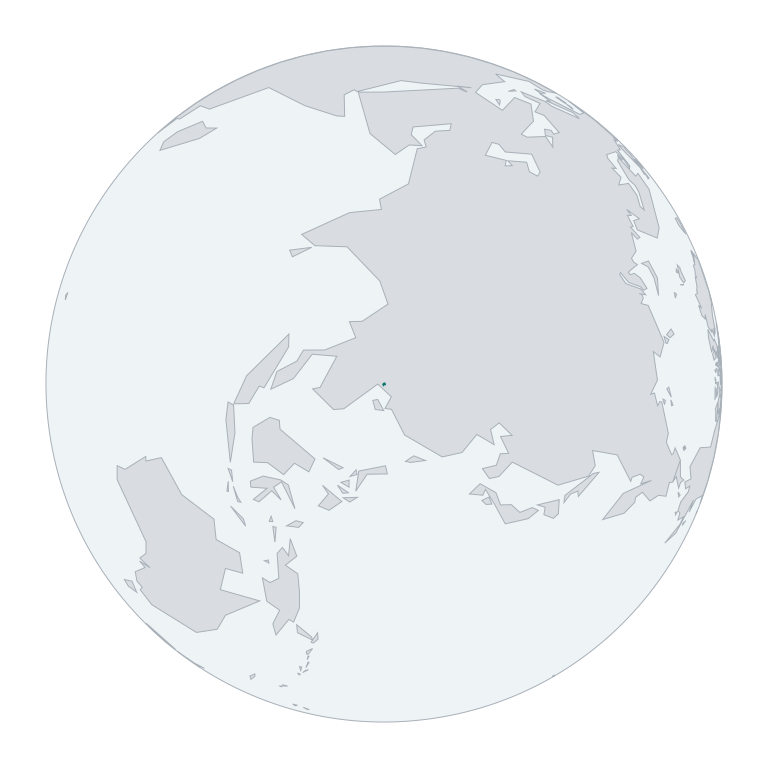 the Earth from above Hưng Yên, rotated 82°
{"feature_id": "VNM-461", "entity_name": "Hưng Yên", "entity_type": "Province", "adm_level": 1, "iso_a3": "VNM", "parent_name": "Vietnam", "parent_adm1": "", "projection": "orthographic", "projection_center": [106.031, 20.808], "detail": "coarse", "context": "on_globe", "style": "filled", "palette": "teal", "viewbox_px": 768, "rotation_deg": 82, "n_neighbors": 0, "source": "natural_earth", "source_scale": "10m", "svg_char_len": 11280}
<svg xmlns="http://www.w3.org/2000/svg" viewBox="0 0 768 768"><g transform="rotate(82 384 384)"><circle cx="384" cy="384" r="338" fill="#eef3f6" stroke="#a8b0b8"/><path d="M696.1,503.3L695.5,505.3L695.3,505.8L696.1,503.3ZM546.2,87.6L538.7,84.2L541.4,91.1L553.3,99.7L542.0,93.7L572.1,115.7L580.7,128.1L564.1,110.4L557.2,106.0L559.6,112.0L553.0,108.9L550.3,110.5L542.2,106.6L533.1,97.7L527.7,95.4L529.7,99.9L522.9,99.7L520.7,93.2L508.5,92.5L491.1,79.8L491.9,69.4L475.5,62.8L458.4,54.6L453.1,53.6L443.3,51.4L433.6,49.8L433.3,49.7L456.8,54.0L480.0,60.0L502.7,67.6L524.8,76.8L546.2,87.6ZM431.3,49.4L425.8,48.7L428.0,49.2L425.5,49.2L420.0,48.7L418.5,48.0L421.1,48.2L417.8,47.8L419.4,47.9L415.5,47.6L415.1,47.5L431.3,49.4ZM410.3,47.1L407.3,46.9L401.5,46.5L410.3,47.1ZM696.9,256.4L697.6,258.2L697.1,257.0L696.9,256.4ZM696.8,256.6L696.9,256.4L697.2,257.3L696.8,256.6ZM697.2,257.8L696.9,256.8L697.0,257.2L697.2,257.8ZM696.6,257.5L696.3,257.2L695.8,255.7L696.6,257.5ZM556.1,93.2L555.3,92.7L553.3,91.5L556.1,93.2ZM563.4,107.3L561.3,104.1L565.6,108.4L563.4,107.3ZM551.4,111.4L554.1,113.5L551.6,113.5L551.4,111.4ZM536.8,107.9L531.9,107.8L535.3,106.2L536.8,107.9ZM528.1,106.7L516.4,107.5L521.4,111.8L500.6,101.1L517.4,103.4L520.8,100.5L522.9,104.1L528.1,106.7ZM431.1,49.7L428.5,49.1L435.8,50.3L431.1,49.7ZM436.4,50.6L462.4,56.1L463.5,57.3L454.6,54.9L460.2,57.7L447.9,55.5L442.1,53.5L443.8,52.9L437.9,52.7L436.4,50.6ZM491.0,95.5L486.8,94.7L489.5,93.9L491.0,95.5ZM425.1,49.3L430.3,50.0L431.6,51.1L421.5,49.9L424.3,49.9L425.1,49.3ZM467.6,59.8L466.8,60.8L456.7,59.2L455.0,59.4L447.7,55.6L467.6,59.8ZM421.2,49.4L416.4,49.4L410.7,48.6L420.2,48.8L421.2,49.4ZM436.2,51.9L436.4,52.5L433.0,51.7L436.2,51.9ZM388.0,46.8L394.1,46.9L395.3,47.4L388.0,46.8ZM415.0,49.5L417.0,49.9L418.1,50.2L413.9,50.2L415.0,49.5ZM441.1,55.0L437.1,54.4L443.6,56.4L436.3,55.8L432.7,53.6L431.2,54.3L429.0,54.2L428.6,52.6L441.1,55.0ZM413.1,51.4L406.0,49.2L394.4,48.5L393.0,47.9L412.0,49.3L413.1,51.4ZM422.2,52.2L416.2,51.5L417.5,50.8L422.4,50.9L422.2,52.2ZM432.6,56.4L444.7,57.9L445.1,58.4L432.6,56.4ZM409.4,51.2L411.2,51.8L408.5,51.3L409.4,51.2ZM425.2,54.8L429.4,55.1L429.7,55.7L425.2,54.8ZM411.2,53.0L409.0,52.1L412.2,52.0L411.2,53.0ZM417.4,53.9L416.8,54.6L414.7,52.5L419.3,53.9L417.4,53.9ZM424.8,55.3L426.3,55.7L423.0,55.1L424.8,55.3ZM400.2,54.5L396.8,51.8L404.0,51.3L406.3,53.8L400.2,54.5ZM120.0,173.0L117.1,181.5L114.8,186.1L104.5,198.4L92.6,230.3L101.4,222.4L101.3,244.9L108.0,252.8L129.5,228.6L118.5,214.8L127.2,199.5L144.5,199.4L155.7,213.3L159.5,207.9L161.4,189.5L173.0,183.9L163.1,182.7L160.3,189.6L154.0,189.5L156.1,183.2L160.2,181.2L159.4,175.5L140.3,188.1L135.5,196.6L127.8,190.4L119.1,204.3L113.8,207.4L126.5,185.3L132.2,179.3L148.4,153.6L141.7,159.0L126.0,184.2L126.9,180.4L117.7,189.7L125.3,179.8L144.3,152.5L143.4,148.6L129.4,161.8L156.0,134.6L152.2,138.6L159.8,132.0L175.2,118.8L171.2,122.8L176.4,118.9L174.4,122.1L185.0,117.3L185.0,120.2L202.1,110.3L204.4,110.8L193.6,116.2L186.2,122.2L187.8,131.5L191.9,130.9L202.9,124.1L201.9,128.2L212.3,120.5L219.6,123.9L219.4,113.9L232.3,107.3L243.7,105.7L247.9,102.1L229.3,104.9L222.0,107.9L215.7,113.1L195.5,121.6L192.2,120.4L213.2,105.9L210.8,103.2L228.1,94.4L267.6,89.8L277.5,93.1L266.6,111.7L256.9,114.0L255.9,108.1L244.9,119.4L251.5,115.6L250.8,119.5L262.8,115.4L262.9,118.1L274.4,110.2L275.8,113.0L268.5,118.0L287.5,115.9L293.9,121.4L298.2,119.7L301.0,116.4L307.2,126.5L310.1,124.9L309.2,120.9L314.4,115.5L325.9,110.2L327.4,113.9L323.5,116.3L317.4,127.6L306.6,134.3L308.4,135.4L318.2,130.6L325.6,116.6L332.1,112.4L330.0,118.8L331.2,116.1L335.0,115.3L340.1,118.2L343.0,111.4L381.9,100.9L395.6,106.8L389.4,112.8L418.2,112.7L431.4,121.4L430.5,117.4L443.7,116.1L439.8,113.3L440.4,111.4L472.4,109.3L481.1,112.5L493.9,109.1L493.5,107.4L487.8,104.6L500.6,101.1L521.4,111.8L521.3,115.1L534.4,120.4L532.4,127.7L536.8,136.9L527.1,143.2L531.4,150.8L536.1,152.1L545.4,164.3L548.7,186.3L525.6,162.2L516.7,132.6L518.6,143.6L512.1,139.6L509.0,142.9L510.9,151.4L514.8,153.2L486.6,163.0L478.9,186.7L494.2,186.2L503.7,194.2L508.4,225.8L479.2,267.8L491.6,283.1L492.3,292.8L481.5,298.4L480.1,284.1L469.2,278.5L470.1,270.2L452.2,275.9L452.7,264.3L438.5,275.3L443.8,284.8L459.4,283.4L446.9,299.1L462.7,316.3L464.3,336.5L437.4,370.7L410.1,380.1L408.4,386.4L397.7,378.5L383.2,390.2L402.9,427.2L402.3,437.5L378.9,455.4L378.5,447.8L350.0,426.9L344.5,450.9L366.0,472.9L373.4,496.8L356.7,488.3L349.2,467.1L339.2,459.0L342.1,438.1L334.2,405.5L317.4,409.6L318.9,396.9L305.4,368.9L281.4,373.8L243.0,401.5L237.4,433.2L224.4,444.7L209.5,394.3L210.8,362.3L200.4,362.7L189.2,331.9L155.6,318.3L155.2,309.2L147.9,310.3L140.8,298.0L142.0,283.5L135.6,281.2L133.5,319.5L140.9,322.3L153.3,313.2L150.8,325.8L158.3,340.9L134.0,363.0L91.4,368.9L94.8,344.3L101.4,269.2L105.4,263.1L105.7,262.3L106.3,260.8L99.1,270.1L102.8,256.2L91.2,305.3L85.9,324.8L90.7,370.0L88.4,372.5L92.2,383.2L113.5,385.7L112.0,393.4L97.3,423.7L74.4,456.8L81.8,491.8L87.5,518.6L82.9,527.2L93.2,549.5L92.2,551.9L98.6,563.7L103.4,572.3L103.9,573.0L91.3,552.8L80.1,531.8L70.5,510.0L62.4,487.6L55.9,464.8L51.0,441.5L47.8,417.9L46.2,394.1L46.4,370.3L48.2,346.6L51.6,323.1L56.7,299.8L63.5,277.0L71.8,254.7L81.7,233.1L93.0,212.2L105.9,192.1L120.0,173.0ZM159.8,243.4L171.6,251.8L179.6,231.8L184.8,233.7L185.7,226.6L180.2,230.3L184.2,211.9L194.1,210.5L199.5,203.0L195.8,199.9L177.0,205.7L171.1,231.6L162.7,236.7L159.8,243.4ZM207.0,97.4L201.9,100.9L196.2,104.2L196.3,103.2L204.5,98.1L207.0,97.4ZM196.1,105.5L216.9,92.9L217.7,93.9L213.7,95.3L212.2,97.2L205.4,100.2L185.8,114.6L179.5,118.6L183.0,112.9L185.3,112.1L190.1,108.3L196.1,105.5ZM268.7,67.3L277.7,64.2L267.7,70.1L260.5,72.5L260.0,70.8L268.4,67.2L268.7,67.3ZM388.5,46.1L394.0,46.3L412.8,47.5L412.8,48.0L407.9,48.1L403.4,47.9L404.7,47.4L397.7,47.5L396.3,46.8L390.7,46.8L369.4,46.4L370.3,46.4L388.5,46.1ZM339.0,49.1L338.5,49.4L345.1,48.4L346.7,48.5L340.8,49.2L350.9,48.3L350.7,48.7L361.6,49.2L376.2,48.6L380.6,49.2L374.7,49.7L383.2,50.1L375.1,51.7L378.0,52.3L372.9,55.0L359.9,56.3L364.2,57.0L360.5,59.7L349.8,61.5L353.3,58.9L338.9,63.2L337.4,60.7L335.8,61.4L330.5,60.5L321.3,60.9L322.2,59.7L318.2,60.5L314.6,60.3L309.4,61.1L309.2,59.5L302.9,60.5L306.4,59.2L295.6,61.6L303.5,59.2L299.6,59.4L294.0,61.6L305.2,55.4L339.0,49.1ZM398.4,55.1L383.2,56.2L374.9,55.7L387.2,51.4L385.7,50.6L393.3,48.8L405.2,49.8L401.9,50.1L401.5,50.8L397.9,50.1L400.5,51.1L396.1,51.8L396.8,52.9L391.7,52.8L398.4,55.1ZM118.7,183.3L118.1,185.6L118.6,187.7L112.8,194.0L118.7,183.3ZM131.2,164.6L131.6,165.2L123.7,174.1L124.3,172.2L131.2,164.6ZM138.6,158.4L132.2,164.5L136.0,160.0L138.6,158.4ZM194.7,116.8L196.0,117.5L193.5,119.4L189.7,121.1L194.7,116.8ZM306.9,77.0L310.2,74.7L312.2,74.7L323.6,71.2L325.6,73.2L319.6,76.2L306.9,77.0ZM123.7,230.8L117.8,233.6L118.6,229.8L120.4,229.6L123.7,230.8ZM112.1,212.7L111.5,220.1L110.5,214.3L112.1,212.7ZM311.0,78.6L315.5,76.8L313.7,79.0L311.0,78.6ZM327.7,74.6L326.8,77.0L327.2,73.1L327.7,74.6ZM249.3,684.3L256.3,687.9L251.8,686.9L249.3,684.3ZM115.1,532.5L121.5,573.4L113.6,568.5L105.5,553.5L98.6,527.1L105.7,524.6L107.3,514.1L115.1,532.5ZM458.6,551.8L468.7,553.0L468.3,554.4L458.6,551.8ZM448.1,547.0L459.7,547.4L446.0,550.1L448.1,547.0ZM464.2,547.5L476.0,544.6L481.1,542.2L480.1,545.2L464.2,547.5ZM440.2,547.1L397.1,545.5L380.1,540.9L384.1,535.9L411.7,538.4L440.2,547.1ZM382.7,535.6L356.7,518.9L321.3,471.2L334.0,473.3L371.1,503.4L368.7,507.8L384.5,520.7L382.7,535.6ZM445.7,510.2L443.2,524.0L419.5,522.3L408.7,519.7L401.2,501.6L405.4,492.7L414.2,493.3L448.6,462.8L460.5,470.6L450.0,483.7L459.8,496.0L445.7,510.2ZM238.6,436.5L245.3,457.0L238.3,458.8L238.6,436.5ZM462.4,440.8L448.6,454.6L461.2,436.2L462.4,440.8ZM469.9,423.3L470.8,430.4L465.1,423.6L469.9,423.3ZM408.0,396.2L398.7,397.4L398.4,392.4L410.3,387.9L408.0,396.2ZM465.5,353.6L465.4,368.5L463.6,373.5L459.3,364.5L465.5,353.6ZM334.7,99.8L316.6,101.8L304.9,106.0L300.4,112.1L299.0,105.0L317.0,98.5L334.7,99.8ZM375.9,100.1L379.7,95.7L383.2,97.7L382.9,99.0L375.9,100.1ZM374.5,97.3L369.5,92.1L375.0,89.8L377.9,94.3L374.5,97.3ZM339.5,83.5L334.0,83.8L335.6,81.8L339.5,83.5ZM617.3,627.8L618.0,627.6L608.4,636.6L596.4,646.7L587.8,652.8L617.3,627.8ZM541.5,668.3L544.2,661.0L555.8,657.9L548.4,665.4L541.5,668.3ZM625.4,620.0L634.1,610.5L640.5,601.4L635.8,608.8L639.0,605.7L619.9,625.9L625.4,620.0ZM507.1,641.6L441.5,661.6L427.7,659.6L432.5,652.4L422.6,630.0L427.2,630.5L425.9,614.7L465.4,599.7L494.2,571.2L514.6,571.9L531.0,550.5L551.7,550.2L544.6,566.7L564.9,574.7L581.5,537.3L590.9,573.1L603.7,583.3L603.9,604.3L570.3,644.6L553.7,654.1L551.8,651.6L544.6,656.1L535.2,656.4L532.5,646.2L525.3,650.6L533.4,641.3L522.4,650.0L518.7,643.3L507.1,641.6ZM653.1,552.3L655.4,552.4L658.0,556.9L654.4,557.4L653.1,552.3ZM690.1,514.4L690.3,516.7L688.2,518.9L690.1,514.4ZM695.3,505.8L692.9,508.9L696.1,503.3L695.3,505.8ZM668.8,526.1L669.6,527.9L668.6,529.2L668.8,526.1ZM667.9,525.8L669.8,521.5L669.1,525.3L667.9,525.8ZM658.1,509.8L659.8,507.3L660.3,508.6L658.1,509.8ZM483.6,552.9L497.9,542.0L505.5,540.8L483.6,552.9ZM656.1,506.3L652.2,507.1L652.7,504.9L656.1,506.3ZM656.6,501.4L656.4,498.6L658.4,504.7L656.6,501.4ZM649.3,497.0L654.0,500.9L648.7,497.8L649.3,497.0ZM646.3,498.5L642.8,497.1L643.1,496.1L646.3,498.5ZM603.9,511.0L617.5,525.9L606.1,527.5L593.5,518.8L582.8,530.3L559.1,531.4L564.8,524.5L561.8,515.2L536.8,513.4L531.7,507.3L540.8,502.4L524.1,498.4L542.4,494.3L549.7,506.9L560.0,495.8L577.5,496.6L594.1,498.9L607.2,506.7L603.9,511.0ZM542.2,523.1L545.3,522.9L542.4,527.0L542.2,523.1ZM636.0,491.5L641.1,496.7L640.5,498.4L637.9,498.0L636.0,491.5ZM610.2,504.0L624.4,490.9L627.6,490.4L618.2,504.3L610.2,504.0ZM621.1,484.4L627.5,484.8L630.8,490.2L629.5,492.1L621.1,484.4ZM504.8,513.2L504.0,516.8L499.2,514.2L504.8,513.2ZM511.0,510.8L525.4,514.0L509.6,513.9L511.0,510.8ZM466.6,499.1L470.9,507.7L484.5,502.0L474.1,510.1L483.3,524.1L480.1,529.5L471.0,514.3L467.6,530.2L461.6,529.9L458.4,516.4L464.6,499.7L470.6,492.8L495.2,489.5L466.6,499.1ZM510.9,500.2L507.1,490.2L510.0,483.3L514.1,488.5L510.9,500.2ZM495.5,466.0L485.1,454.3L475.8,459.0L494.5,442.1L501.4,456.0L495.5,466.0ZM486.5,440.0L477.8,444.2L486.7,434.4L486.5,440.0ZM475.4,440.3L474.3,431.9L481.3,433.0L475.4,440.3ZM491.0,440.3L492.5,426.1L496.1,434.4L491.0,440.3ZM471.0,413.3L486.2,426.9L466.7,421.1L465.2,393.9L473.5,393.2L471.0,413.3ZM513.0,303.3L510.6,295.8L517.9,293.9L517.5,299.6L513.0,303.3ZM539.4,283.4L519.1,291.0L502.4,298.2L507.9,301.6L504.8,314.7L496.1,302.7L507.2,288.3L520.0,285.4L521.2,274.7L530.1,267.3L527.0,254.3L530.7,248.7L537.4,259.9L539.4,283.4ZM525.1,248.9L522.9,226.6L536.9,229.4L540.6,235.0L535.7,243.8L528.5,241.6L525.1,248.9ZM526.5,222.3L519.5,220.3L501.7,189.0L501.4,183.4L522.4,207.2L517.0,206.9L518.9,214.5L526.5,222.3ZM488.5,96.7L487.0,94.9L490.6,96.5L488.5,96.7ZM437.8,109.9L439.3,107.6L443.5,109.1L437.8,109.9ZM445.5,102.3L439.7,102.1L445.2,100.7L445.5,102.3ZM426.8,102.4L437.1,101.3L428.2,104.7L426.8,102.4Z" fill="#d9dde1" stroke="#a8b0b8" stroke-width="1"/><path d="M385.3,384.7L385.1,384.8L384.7,384.8L384.5,385.0L384.3,385.1L384.2,385.1L384.0,384.9L384.0,384.6L383.9,384.6L383.7,384.5L383.6,384.2L383.4,384.1L383.3,383.9L383.4,383.6L383.3,383.4L383.3,383.2L383.5,383.0L383.9,382.9L384.0,382.9L384.3,382.9L384.7,382.9L384.7,383.3L384.6,383.6L384.5,383.9L384.5,384.0L384.8,384.2L384.9,384.3L385.3,384.7Z" fill="#14b8a6" stroke="#0f766e" stroke-width="1.5"/></g></svg>